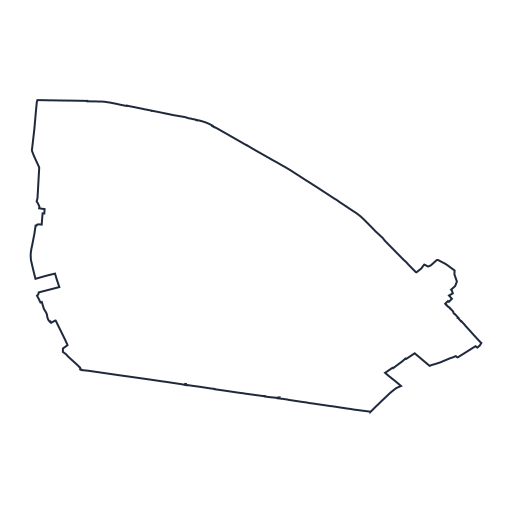 Voluntari, Bucharest, Romania (Robinson projection)
{"feature_id": "2599482B78870557966424", "entity_name": "Voluntari", "entity_type": "district", "adm_level": 2, "iso_a3": "ROU", "parent_name": "Romania", "parent_adm1": "Bucharest", "projection": "robinson", "projection_center": [26.156, 44.509], "detail": "fine", "context": "isolated", "style": "outline", "palette": "slate", "viewbox_px": 512, "rotation_deg": 0, "n_neighbors": 0, "source": "geoboundaries", "source_scale": "gbopen_adm2", "svg_char_len": 5763}
<svg xmlns="http://www.w3.org/2000/svg" viewBox="0 0 512 512"><path d="M481.3,343.0L481.0,342.8L480.0,341.7L478.8,340.5L478.0,339.6L477.3,338.9L475.7,337.1L475.3,336.7L474.4,335.7L473.6,334.9L473.4,334.6L472.6,333.7L471.3,332.3L470.9,331.8L468.7,329.4L467.0,327.5L466.7,327.2L465.3,325.7L465.0,325.2L464.6,324.7L464.1,324.2L463.7,323.7L463.3,323.3L463.0,323.0L462.7,322.6L462.1,322.0L462.0,321.9L461.7,321.6L461.5,321.3L461.2,321.5L461.1,321.4L460.2,320.4L459.9,320.1L459.8,319.9L459.6,319.7L459.1,319.2L458.8,318.8L458.5,318.5L458.3,318.2L458.1,318.1L458.4,317.9L457.7,317.2L457.1,316.5L456.8,316.1L454.9,314.1L454.7,314.2L454.1,313.7L453.5,313.0L453.5,312.7L453.4,312.4L453.4,312.1L452.9,311.4L452.6,310.9L452.2,310.5L451.1,309.4L450.9,309.0L450.4,308.8L450.0,308.4L449.8,308.1L449.7,308.0L449.8,307.9L449.6,307.5L448.3,306.9L446.7,305.2L446.2,304.6L446.1,304.8L445.4,304.0L445.6,303.9L445.3,303.6L445.6,303.2L446.6,302.4L448.0,301.1L448.9,301.8L450.1,300.6L451.9,298.8L449.0,295.5L452.8,293.4L451.7,290.2L451.1,289.7L455.2,286.0L456.9,281.5L454.4,274.3L454.6,270.5L447.0,264.9L445.1,263.7L438.0,260.0L436.7,260.1L430.8,265.4L430.7,265.4L429.4,266.0L428.1,266.5L427.8,266.4L427.6,266.3L427.4,266.2L424.5,264.6L424.2,264.6L422.7,266.5L421.4,268.4L416.5,272.3L415.8,272.1L408.5,264.7L406.9,262.9L405.6,261.5L404.1,260.3L396.6,252.7L384.9,240.8L382.5,237.7L381.1,236.5L379.0,234.5L375.9,231.7L374.9,230.7L373.4,229.1L368.2,223.8L364.0,219.6L360.6,216.4L356.6,213.3L355.7,212.7L353.8,211.5L339.8,202.2L338.0,200.9L336.3,199.7L335.0,199.0L333.4,198.0L323.0,191.2L318.3,188.1L315.8,186.5L304.9,179.6L297.5,174.8L295.6,173.6L291.0,170.6L288.7,169.2L285.2,167.1L281.9,165.3L276.4,162.1L273.0,160.3L261.6,153.8L256.1,150.7L249.1,146.6L246.9,145.2L246.8,145.4L219.0,129.5L218.9,129.4L214.6,127.1L214.4,127.3L212.2,126.0L212.5,125.6L211.1,124.9L209.6,124.1L207.8,123.3L205.9,122.5L204.3,122.0L203.2,121.6L202.1,121.3L200.8,120.9L199.6,120.6L197.4,120.1L196.9,120.0L196.9,120.3L195.9,120.0L195.4,119.6L195.2,119.5L193.3,119.2L192.3,119.0L190.6,118.5L189.1,118.4L188.2,118.1L187.2,117.8L185.1,117.1L176.9,115.7L173.8,115.2L152.9,110.9L151.7,111.0L151.5,110.9L151.5,110.6L144.7,109.3L139.2,108.1L137.8,107.9L136.2,107.5L130.0,106.3L126.9,105.6L126.8,106.0L125.2,105.7L123.7,105.4L120.7,104.8L119.2,104.5L118.1,104.2L116.6,103.9L113.7,103.3L110.6,102.7L107.4,102.2L104.9,101.8L102.6,101.6L100.4,101.5L97.5,101.5L96.0,101.4L94.4,101.4L93.0,101.4L91.4,101.4L89.8,101.3L87.3,101.3L87.3,100.9L75.9,100.7L73.4,100.7L71.2,100.6L68.4,100.6L61.9,100.5L54.4,100.4L52.8,100.3L49.8,100.3L48.3,100.3L43.7,100.2L42.1,100.2L41.0,100.1L37.4,100.1L36.8,102.2L36.0,110.4L34.3,129.5L32.8,142.6L31.9,150.2L32.1,151.2L33.9,155.9L39.1,167.2L39.2,167.9L38.5,180.3L37.5,198.1L36.7,201.2L36.7,201.7L37.2,202.2L37.6,202.8L38.4,204.4L39.4,206.7L39.1,208.3L44.6,209.1L44.3,213.5L42.6,213.4L41.9,221.7L41.7,224.6L39.5,224.4L38.1,224.4L37.0,224.7L36.5,225.6L35.6,225.6L34.3,234.4L34.0,235.7L33.4,238.9L32.2,245.0L31.4,248.8L31.0,251.2L30.7,254.0L30.7,256.1L30.9,259.8L32.2,265.5L33.6,271.4L35.1,277.4L35.5,278.8L40.1,277.5L44.6,276.2L48.8,275.1L55.0,273.6L56.7,279.2L59.3,287.1L38.7,292.4L38.6,293.2L38.4,294.0L38.1,294.6L37.6,295.2L37.3,295.4L37.0,295.7L38.4,298.2L40.5,302.5L40.8,302.4L41.8,302.0L42.0,302.6L43.7,308.4L43.8,308.6L43.9,308.8L44.0,309.0L44.1,309.3L45.6,311.7L45.8,312.0L46.0,312.4L46.2,312.8L46.4,313.1L46.5,313.5L46.7,313.9L46.8,314.2L46.9,314.6L47.1,315.8L47.4,317.4L47.5,317.6L47.6,318.0L47.7,318.4L47.8,318.7L48.0,319.1L48.1,319.4L48.3,319.7L48.5,320.1L48.7,320.4L49.0,320.7L49.2,321.0L49.7,321.7L50.4,321.4L50.7,322.0L51.1,322.8L55.3,320.5L55.7,320.6L62.0,333.4L65.3,340.1L65.9,341.5L67.1,344.0L67.4,344.8L67.5,345.2L62.9,348.5L62.9,352.0L64.1,352.8L66.1,354.3L67.5,355.9L68.8,357.2L76.4,364.1L79.8,367.3L79.7,367.5L80.3,368.1L80.4,368.4L80.2,369.2L80.5,369.3L80.5,369.6L81.7,369.8L81.7,370.1L88.0,370.7L108.0,373.6L120.4,375.4L130.5,376.8L140.4,378.2L150.3,379.6L161.8,381.3L165.7,381.8L172.9,382.9L181.6,384.2L184.7,384.9L185.1,383.9L186.0,384.0L185.9,385.1L187.8,385.3L187.9,385.1L188.6,385.1L189.0,385.3L191.8,385.7L194.6,386.1L200.0,386.8L208.9,388.2L211.1,388.5L214.5,388.9L214.5,389.2L226.5,390.9L231.2,391.6L237.8,392.6L238.4,392.7L238.8,392.7L239.3,392.8L241.7,393.1L242.8,393.2L245.0,393.6L255.3,395.0L262.8,396.0L264.9,396.1L264.8,396.5L267.2,396.8L269.3,397.1L274.5,397.6L275.6,397.7L276.9,397.8L276.7,398.0L277.6,398.3L278.0,397.6L278.2,397.4L279.4,397.4L279.0,398.4L281.8,398.8L282.4,398.8L287.1,399.5L289.4,400.0L291.0,400.2L294.1,400.7L300.8,401.7L302.7,402.0L303.7,402.1L306.1,402.4L309.1,403.0L309.5,403.1L310.7,403.2L311.4,403.3L313.7,403.6L315.1,403.8L316.0,404.0L318.5,404.3L319.6,404.5L321.0,404.7L321.5,404.8L322.0,404.8L323.3,405.0L323.9,405.1L324.7,405.2L325.8,405.4L331.2,406.2L331.7,406.1L333.2,406.4L333.8,406.5L335.5,406.7L339.0,407.3L341.1,407.6L342.2,407.8L343.0,407.9L344.0,408.0L344.8,408.2L349.1,408.8L349.6,408.8L351.3,409.1L353.4,409.5L370.5,411.7L370.5,411.9L374.9,407.5L376.6,405.8L378.4,404.2L381.7,400.9L383.1,399.6L384.9,397.9L386.2,396.7L388.7,394.3L390.2,392.9L392.1,391.3L394.0,389.8L395.2,388.9L396.5,387.9L397.6,387.5L399.4,386.7L401.0,386.0L398.7,384.0L395.1,381.0L388.3,375.6L385.1,372.8L385.9,372.3L388.0,370.9L388.5,370.5L392.5,367.8L393.0,368.2L395.9,366.1L402.2,361.4L405.5,358.5L406.1,359.0L414.7,353.3L416.1,354.5L419.7,357.5L423.8,361.0L429.7,365.9L431.0,365.3L432.4,364.7L433.3,364.6L438.7,362.9L440.0,362.5L442.1,361.6L444.2,360.7L445.2,360.3L446.6,359.7L447.6,359.3L449.4,358.5L452.5,357.5L453.7,357.0L454.1,356.8L454.7,356.6L455.8,356.1L456.5,356.8L457.1,357.2L457.5,357.4L458.3,357.1L460.2,355.8L462.5,354.4L475.5,346.2L477.3,347.6L477.9,347.1L479.8,345.5L481.3,343.0Z" fill="none" stroke="#1e293b" stroke-width="2"/></svg>